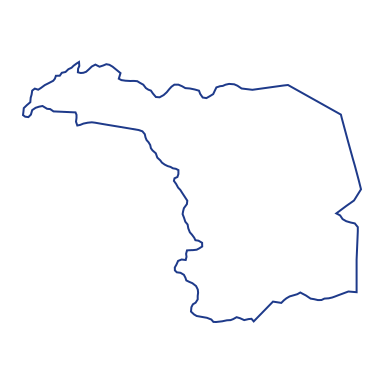 Caculé, Bahia, Brazil
{"feature_id": "56859067B39713368810009", "entity_name": "Caculé", "entity_type": "district", "adm_level": 2, "iso_a3": "BRA", "parent_name": "Brazil", "parent_adm1": "Bahia", "projection": "albers", "projection_center": [-42.349, -14.492], "detail": "fine", "context": "isolated", "style": "outline", "palette": "blue", "viewbox_px": 384, "rotation_deg": 0, "n_neighbors": 0, "source": "geoboundaries", "source_scale": "gbopen_adm2", "svg_char_len": 2816}
<svg xmlns="http://www.w3.org/2000/svg" viewBox="0 0 384 384"><path d="M288.0,85.0L283.5,85.5L252.4,89.8L241.6,88.5L237.4,85.7L234.2,84.3L229.1,83.9L225.5,84.7L222.8,85.9L220.1,86.2L216.4,87.4L214.8,90.7L213.2,94.1L209.6,96.3L206.4,98.1L202.7,97.5L200.2,93.9L199.0,90.7L194.8,89.5L190.0,88.5L185.3,88.1L182.2,86.3L178.5,84.7L174.3,84.7L171.5,86.7L169.3,89.1L166.7,92.3L163.6,95.1L159.6,97.3L155.9,97.0L152.9,93.5L150.9,90.6L148.4,89.7L145.9,88.1L143.3,84.7L139.7,82.7L137.3,81.2L133.7,80.9L130.3,81.0L125.4,80.7L121.4,80.1L118.8,78.7L120.5,73.1L112.6,66.7L109.4,64.8L106.3,64.2L103.2,65.5L99.5,66.7L95.4,64.6L91.8,66.5L88.8,69.4L86.1,71.8L83.3,72.8L80.7,73.0L77.9,72.3L78.1,68.7L79.3,66.0L79.0,62.0L76.6,63.5L73.5,65.8L71.6,67.7L68.4,69.2L65.5,72.0L61.8,72.8L59.8,75.7L55.9,75.8L54.9,78.7L53.2,80.8L48.0,83.5L44.8,85.1L41.0,87.9L38.2,89.7L34.8,88.6L32.2,90.6L31.6,94.6L30.7,97.7L30.3,102.2L26.9,105.1L23.8,108.1L23.4,111.9L23.0,115.1L25.2,116.7L28.4,117.1L30.9,114.6L32.2,110.1L35.6,107.8L39.0,106.7L42.5,106.0L47.1,108.8L50.2,109.1L53.5,111.4L75.5,112.4L76.5,114.8L76.5,117.9L76.0,121.7L77.3,125.5L80.2,124.9L83.4,123.6L87.8,122.7L91.8,122.3L95.1,122.7L101.4,123.8L107.3,124.8L120.7,127.0L138.5,130.0L142.4,131.3L144.8,134.2L145.5,137.4L146.6,140.1L148.5,142.2L150.2,145.0L150.9,148.2L152.5,150.4L155.8,153.3L157.3,157.6L160.3,160.4L161.9,162.6L164.7,164.6L167.7,166.1L170.5,166.9L172.9,168.3L175.8,168.8L178.4,170.1L178.4,174.0L177.4,177.0L174.5,178.3L173.9,180.9L176.1,183.9L178.1,187.6L180.3,189.9L182.0,192.6L187.3,200.7L186.9,204.1L183.9,208.2L183.1,211.3L182.6,214.1L184.0,217.7L185.3,221.7L187.6,224.5L188.3,228.4L189.9,232.4L191.9,234.6L194.2,237.7L195.4,240.2L198.5,240.7L202.1,242.8L202.2,246.5L199.2,248.4L196.7,249.7L193.1,250.1L190.1,250.2L187.0,250.4L186.1,253.8L186.5,256.9L185.7,260.0L181.6,259.5L178.1,260.9L176.4,264.7L174.8,267.5L174.9,270.4L176.8,272.3L180.5,272.8L183.9,274.8L185.4,277.7L186.3,280.4L188.9,281.7L192.4,283.2L196.1,286.1L197.8,289.6L198.1,292.8L197.7,295.9L197.7,299.4L195.6,302.7L192.9,304.3L191.4,307.2L191.0,311.6L194.0,314.4L196.7,316.0L206.9,317.8L211.3,319.5L213.4,321.9L216.1,322.0L222.2,321.3L226.9,320.3L230.6,320.1L233.2,319.1L236.6,317.2L240.0,318.2L244.2,320.1L248.5,319.1L251.5,318.8L253.7,321.4L273.0,301.6L281.3,302.9L283.9,300.3L286.4,298.3L289.7,296.4L293.2,295.4L297.3,294.2L300.3,292.5L302.7,293.8L305.8,295.4L310.6,298.6L314.2,299.2L318.0,300.1L321.5,300.0L324.4,298.6L328.7,298.3L332.2,297.5L335.3,296.4L338.4,295.2L341.4,294.1L345.7,292.5L348.4,291.5L356.6,292.2L356.6,259.6L357.8,231.3L357.8,227.1L354.8,223.4L350.6,222.5L346.2,221.2L342.6,219.1L340.1,215.4L336.3,213.4L346.5,205.8L354.0,200.5L361.0,189.3L358.8,180.5L354.9,165.9L353.9,162.4L353.1,159.7L348.2,142.0L341.9,118.6L340.9,114.6L288.0,85.0Z" fill="none" stroke="#1e3a8a" stroke-width="2"/></svg>